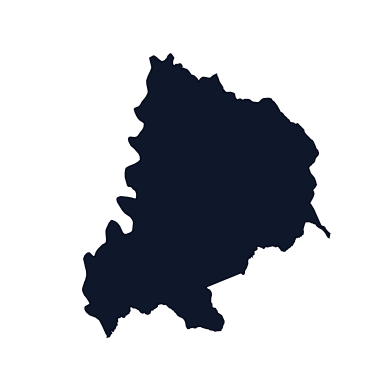 Ansermanuevo, Valle del Cauca, Colombia, rotated 166°
{"feature_id": "7082276B75435633270321", "entity_name": "Ansermanuevo", "entity_type": "district", "adm_level": 2, "iso_a3": "COL", "parent_name": "Colombia", "parent_adm1": "Valle del Cauca", "projection": "equal_earth", "projection_center": [-76.033, 4.79], "detail": "fine", "context": "isolated", "style": "filled", "palette": "ink", "viewbox_px": 384, "rotation_deg": 166, "n_neighbors": 0, "source": "geoboundaries", "source_scale": "gbopen_adm2", "svg_char_len": 5955}
<svg xmlns="http://www.w3.org/2000/svg" viewBox="0 0 384 384"><g transform="rotate(166 192 192)"><path d="M309.2,71.7L307.1,71.8L305.4,73.9L304.2,74.5L304.9,76.9L304.6,77.5L303.9,77.5L303.3,77.8L302.8,76.4L302.3,76.0L301.7,76.5L301.0,77.8L299.8,78.1L299.2,79.3L298.5,80.0L298.2,81.3L296.9,81.2L296.9,83.6L296.7,83.9L295.6,84.4L295.4,86.8L295.0,87.6L294.7,87.8L292.2,87.9L291.0,88.8L290.3,88.6L289.2,87.3L288.0,87.0L287.5,87.2L286.7,88.8L285.2,88.8L284.1,89.4L282.7,89.7L282.3,90.5L280.9,91.9L280.9,93.3L280.6,94.8L279.8,95.7L278.6,95.9L277.1,94.1L274.3,93.0L273.0,91.5L272.0,90.9L270.5,87.6L269.1,86.6L267.4,86.9L266.6,86.2L266.0,85.0L264.4,84.2L262.2,84.7L261.8,85.6L260.3,87.6L258.7,87.1L257.0,88.3L255.8,88.4L253.5,89.4L253.0,90.7L252.4,91.2L249.6,91.4L247.8,90.9L246.4,89.7L244.8,89.7L244.0,89.2L241.9,85.5L239.9,84.2L239.2,82.6L238.3,82.1L237.5,80.0L236.3,78.4L235.7,76.3L233.8,74.1L231.8,72.8L230.6,71.3L229.6,68.6L229.5,66.5L229.8,62.9L229.1,60.7L227.8,60.4L226.5,60.9L223.5,60.7L222.7,59.8L221.3,59.5L219.4,60.2L216.0,59.7L214.8,58.5L210.9,56.2L208.7,55.4L207.8,54.1L204.7,52.9L203.4,51.6L200.8,51.5L197.7,50.8L196.7,52.3L195.9,52.7L194.2,55.8L193.0,57.0L192.3,59.0L193.3,64.5L193.6,65.1L196.7,68.4L196.7,70.7L197.3,71.7L197.5,73.1L200.0,74.4L200.5,75.2L200.5,76.1L200.0,78.6L200.6,79.6L200.6,81.3L199.6,84.8L198.2,87.4L197.9,89.7L198.7,92.3L199.6,93.2L200.6,93.5L201.4,96.0L202.0,96.5L164.5,101.9L163.6,101.6L162.4,99.9L161.8,99.8L161.0,100.6L160.5,102.2L159.6,103.7L157.8,105.3L155.4,109.0L155.0,111.5L154.0,113.4L153.0,114.3L152.1,114.0L151.3,114.3L151.2,115.4L150.9,115.8L150.6,115.8L149.4,114.9L149.5,116.0L149.0,116.8L148.6,116.3L148.3,116.7L147.8,116.4L147.0,116.7L146.4,119.6L145.3,120.3L144.2,120.3L143.2,120.7L142.7,121.4L142.7,122.9L142.2,123.7L140.1,123.4L139.2,122.5L137.6,121.7L136.1,120.1L135.4,120.3L134.8,121.0L134.2,121.4L133.1,121.3L132.1,120.7L130.6,120.5L130.1,121.2L129.7,121.2L128.7,120.4L127.7,120.7L126.4,120.5L125.8,119.9L125.1,119.7L124.0,118.7L123.4,119.1L122.6,118.8L121.3,118.9L121.0,118.4L120.6,116.6L119.5,116.1L119.6,114.5L119.0,113.5L118.5,113.2L117.8,113.4L117.2,112.4L116.0,112.3L114.5,113.4L113.2,113.7L112.0,114.5L110.0,115.1L108.9,116.3L107.9,116.0L104.4,119.7L104.2,121.0L103.4,121.3L103.2,122.1L102.2,123.1L101.3,122.5L100.6,122.7L100.2,122.6L99.6,122.9L98.8,122.4L98.0,123.1L96.7,123.1L96.1,124.0L94.6,124.3L93.7,126.6L93.7,128.3L93.3,129.6L90.7,134.1L89.3,135.9L84.6,134.7L83.3,133.4L82.3,133.1L81.4,132.1L79.5,131.1L78.8,128.9L77.2,126.9L74.8,124.8L73.4,122.8L72.1,119.9L70.9,115.5L70.1,114.7L69.2,117.0L68.4,118.2L69.8,120.1L71.5,123.3L71.9,125.5L72.8,126.5L74.5,127.3L75.3,128.7L78.3,145.8L80.0,151.3L80.9,152.7L76.2,157.7L74.4,160.5L74.2,162.6L74.8,163.7L74.2,165.2L71.4,167.2L69.6,169.2L69.8,170.0L69.7,172.4L70.2,176.1L72.7,181.2L73.3,187.3L71.3,189.3L69.8,189.6L69.0,190.4L66.6,191.5L65.5,192.8L64.2,195.3L60.9,197.5L60.0,199.2L60.2,201.8L61.6,204.6L61.5,206.1L62.4,211.5L63.1,212.9L64.6,214.4L64.9,215.3L67.6,219.8L68.8,222.5L68.8,225.4L70.5,228.1L71.0,229.2L71.9,230.4L72.8,232.2L73.5,232.7L74.5,231.8L75.5,232.6L76.8,234.2L79.1,235.1L80.2,236.0L80.7,238.4L82.2,240.1L82.5,241.2L84.0,243.0L85.3,246.3L87.4,248.3L87.5,249.8L89.0,255.2L90.7,259.3L92.4,261.4L92.8,263.1L95.2,264.3L99.9,265.1L101.7,264.7L105.1,262.6L106.4,262.5L111.5,264.4L114.4,267.8L118.3,268.9L120.0,268.5L121.0,268.7L122.5,270.3L123.4,270.5L125.4,270.2L126.2,270.3L127.4,272.9L127.3,276.9L127.7,277.5L130.4,279.2L134.4,280.0L135.4,280.6L136.3,282.4L136.6,281.1L137.1,281.8L137.4,282.8L137.3,284.6L137.0,286.0L139.1,292.1L139.4,296.5L139.5,297.2L139.9,297.9L139.8,300.3L143.1,299.6L146.7,297.8L147.3,297.8L152.8,300.3L154.3,300.5L156.5,299.4L158.0,298.0L159.0,297.5L160.0,300.8L160.7,302.1L162.0,303.9L162.9,304.7L164.4,305.3L165.3,307.3L166.4,310.2L167.6,312.1L169.5,313.1L170.1,313.8L170.8,314.1L171.7,313.3L172.3,313.3L172.2,313.8L172.4,314.7L171.3,316.4L171.6,317.8L172.1,318.8L173.5,319.3L174.4,318.4L175.6,319.3L176.8,319.5L178.6,318.5L179.4,318.9L179.9,320.1L179.8,321.0L180.0,322.1L179.3,323.4L179.2,324.5L178.2,325.3L177.4,326.7L178.8,330.3L179.3,331.1L180.0,331.0L181.8,330.0L182.5,329.4L183.8,327.4L185.2,326.9L186.2,325.9L189.1,325.5L189.8,325.6L190.8,326.4L193.2,329.5L194.4,331.3L196.0,333.0L196.5,333.2L200.5,332.1L200.5,324.6L200.7,322.2L202.8,319.1L206.4,314.8L208.8,311.0L209.5,307.7L209.8,300.8L210.0,299.8L211.0,297.8L213.6,295.0L218.8,291.0L220.3,289.2L221.7,288.1L223.3,287.3L227.3,286.8L227.8,286.4L227.7,283.1L227.1,279.8L226.3,277.0L225.1,274.7L222.1,271.4L221.5,270.4L221.8,268.8L223.0,266.0L225.1,263.7L227.3,262.2L230.4,259.4L232.2,258.5L234.6,258.5L238.9,260.1L240.0,259.7L240.6,259.0L240.8,256.6L239.7,251.9L237.2,248.4L233.9,242.0L233.5,238.9L234.0,235.8L234.8,235.0L237.0,233.8L240.6,232.7L247.0,231.8L249.5,231.1L250.4,230.4L250.9,229.5L252.0,226.7L253.0,222.5L252.8,214.2L252.3,213.1L249.6,212.1L249.2,211.7L248.1,209.2L246.6,207.5L246.1,206.2L245.9,204.1L246.3,202.0L247.0,199.9L247.7,198.7L249.5,198.9L251.8,200.4L256.0,202.3L262.0,204.5L263.4,204.6L265.6,204.2L266.2,203.6L266.5,202.7L266.5,200.3L263.7,191.4L261.7,187.6L257.6,183.1L256.2,179.8L255.9,177.9L256.0,176.3L258.8,168.6L260.5,167.4L262.1,167.0L266.0,166.6L267.9,166.9L269.4,169.2L270.7,176.2L272.2,179.5L273.6,181.3L274.9,182.4L276.7,183.6L277.2,183.6L279.8,181.7L284.2,176.1L285.0,173.9L286.2,166.4L287.0,164.2L287.7,163.3L289.4,162.6L291.7,162.1L297.3,158.6L299.3,156.7L302.0,152.7L302.8,152.8L304.0,153.6L306.3,157.5L306.8,157.8L308.2,157.8L309.4,157.2L311.2,156.0L312.9,153.7L313.2,152.5L313.1,151.2L313.3,144.5L313.2,140.9L314.0,137.0L314.3,136.1L316.4,132.1L317.8,130.4L320.9,125.3L321.5,123.9L321.7,123.1L321.6,121.0L320.9,117.7L319.9,115.9L319.3,114.4L318.1,110.7L317.8,108.8L318.0,108.1L318.5,107.6L323.1,106.4L323.8,105.4L324.0,103.6L323.3,101.3L321.4,98.5L320.7,97.6L315.6,94.1L313.2,91.2L312.5,90.1L311.0,83.9L309.5,75.7L308.9,73.9L308.8,72.9L309.2,71.7Z" fill="#0f172a" stroke="#020617" stroke-width="1.5"/></g></svg>